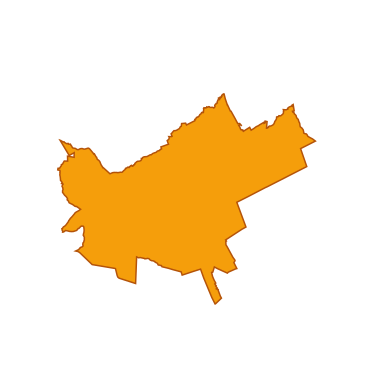 Morelos, Zacatecas, Mexico (Natural Earth projection), rotated 151°
{"feature_id": "50627088B46925631567457", "entity_name": "Morelos", "entity_type": "district", "adm_level": 2, "iso_a3": "MEX", "parent_name": "Mexico", "parent_adm1": "Zacatecas", "projection": "natural_earth1", "projection_center": [-102.666, 22.855], "detail": "fine", "context": "isolated", "style": "filled", "palette": "amber", "viewbox_px": 384, "rotation_deg": 151, "n_neighbors": 0, "source": "geoboundaries", "source_scale": "gbopen_adm2", "svg_char_len": 6082}
<svg xmlns="http://www.w3.org/2000/svg" viewBox="0 0 384 384"><g transform="rotate(151 192 192)"><path d="M305.2,253.0L305.0,251.0L304.3,248.9L304.1,246.6L304.5,246.0L305.0,245.7L304.5,244.3L304.6,243.5L304.6,242.9L304.7,242.2L304.4,241.9L304.2,241.3L302.7,239.3L301.8,237.5L301.5,236.6L300.5,235.5L299.9,235.3L299.9,235.1L297.8,230.9L299.8,230.6L303.2,230.6L304.8,230.3L305.4,229.9L309.1,228.5L311.5,227.8L312.0,227.4L313.7,226.7L314.7,225.9L318.4,224.2L320.1,223.8L321.3,223.8L322.1,223.5L322.9,222.9L323.6,223.0L324.2,221.1L324.0,220.3L324.6,219.6L324.2,219.4L323.5,219.4L322.6,219.3L321.4,219.7L319.9,218.5L318.1,216.8L316.6,215.8L315.0,215.0L311.5,214.3L309.3,215.2L308.5,215.0L306.6,215.6L305.8,215.8L305.0,215.7L303.7,214.8L303.6,213.8L304.8,211.0L306.3,208.8L306.8,208.5L307.5,207.5L308.0,207.1L308.1,206.6L307.9,206.2L308.1,205.6L308.1,204.7L308.3,204.1L308.9,203.3L309.4,202.2L310.0,201.8L310.8,200.8L312.0,200.3L312.8,199.3L313.1,198.7L313.2,198.1L313.7,197.5L315.1,197.3L316.4,197.6L317.0,197.5L317.3,197.1L319.5,196.6L322.4,196.8L320.5,195.1L319.6,193.4L314.5,176.9L296.3,162.4L296.1,162.0L298.0,155.0L298.1,153.3L297.5,151.9L285.7,139.3L271.9,162.1L270.8,160.6L270.5,160.3L269.1,159.8L266.1,157.2L265.8,156.6L265.5,156.6L265.2,156.2L264.2,155.8L263.1,155.5L262.7,155.2L262.1,154.6L261.8,154.0L261.6,152.8L260.5,151.4L259.4,150.7L258.2,149.1L258.3,148.6L257.8,147.8L257.2,147.1L256.8,145.9L257.0,144.9L256.9,144.5L256.4,144.1L256.0,143.9L255.5,143.5L255.4,143.1L254.4,142.5L254.5,141.2L249.7,136.8L246.3,133.3L240.2,127.4L240.9,124.1L228.8,121.8L221.9,120.4L223.4,111.3L225.8,90.2L226.1,82.9L225.7,82.8L217.7,84.9L217.7,87.2L216.7,93.6L216.4,93.9L217.6,95.5L216.5,95.7L216.9,98.2L216.3,98.3L216.6,100.6L215.4,100.8L215.4,104.0L215.0,108.0L213.9,112.1L213.5,112.2L212.8,111.8L212.6,111.9L208.8,115.6L206.7,112.4L200.4,103.9L199.1,104.3L191.2,103.6L189.9,103.3L189.6,110.0L187.7,111.0L187.6,111.3L187.5,111.9L187.9,115.1L187.8,126.3L187.9,129.4L186.4,132.4L185.7,132.4L185.8,133.8L166.5,135.2L161.8,135.2L157.8,161.3L144.8,160.8L125.7,160.3L123.5,160.1L79.3,158.6L76.0,177.3L59.4,176.7L60.8,179.9L62.3,182.2L63.7,184.5L63.6,186.1L63.8,187.3L64.8,188.1L65.7,189.4L65.1,190.7L64.6,192.5L64.9,194.8L65.7,196.5L65.4,197.6L64.5,199.9L64.4,201.8L63.9,204.1L64.4,205.4L64.3,207.2L63.9,208.5L64.3,210.0L64.6,210.7L64.3,211.5L65.1,213.2L65.0,213.9L63.3,213.4L61.1,219.5L62.6,219.4L63.0,218.5L63.3,218.8L63.9,219.0L65.9,219.2L67.6,218.9L67.8,218.1L68.2,218.0L68.7,218.2L69.9,218.3L72.2,219.8L72.6,218.2L73.1,218.0L73.4,217.3L74.0,216.5L74.9,216.1L77.5,215.6L79.0,216.6L79.8,216.1L81.6,216.6L82.7,215.0L83.4,214.5L85.3,213.6L87.1,212.0L88.9,211.4L89.6,211.4L91.4,211.6L92.2,212.1L93.3,212.1L93.8,211.4L94.6,211.7L95.4,211.4L95.9,211.7L92.2,217.2L93.6,218.5L94.4,217.1L95.5,217.1L94.9,218.1L100.4,218.0L101.6,217.8L104.2,218.0L106.9,217.6L110.3,217.4L110.2,220.6L117.6,220.2L117.5,221.5L118.1,221.5L118.1,222.2L119.1,222.9L118.7,225.6L118.8,227.6L117.1,227.5L116.4,225.7L117.1,228.8L118.8,229.6L118.7,235.1L118.7,243.8L119.2,244.2L118.7,251.0L118.9,251.0L117.7,257.5L116.4,262.2L116.6,262.4L117.1,261.9L117.4,262.0L117.8,262.5L118.2,262.4L119.0,262.0L119.5,261.2L119.9,261.3L119.9,261.5L120.3,261.2L120.4,260.7L120.6,260.6L121.3,261.3L121.4,261.2L122.2,260.0L122.7,260.0L122.7,261.3L123.4,261.3L123.5,259.6L124.5,260.0L126.1,258.8L126.7,257.6L127.8,257.8L128.0,257.7L128.3,257.3L128.9,257.4L130.1,256.8L130.5,255.5L131.8,254.9L132.3,255.0L132.5,255.6L132.7,255.9L135.3,257.3L135.5,258.2L135.9,258.5L136.2,258.6L136.9,258.5L137.7,259.2L137.9,258.7L139.0,258.8L139.0,259.0L139.8,259.2L139.8,259.3L140.1,259.4L140.7,259.9L141.5,259.4L141.6,258.7L142.0,258.2L143.0,256.8L143.2,256.3L143.7,256.0L144.2,256.2L144.3,256.7L145.1,256.8L146.4,256.0L147.6,255.9L148.8,255.1L150.0,254.7L150.4,254.9L150.8,254.7L151.3,254.9L151.8,254.8L152.0,255.0L153.5,254.0L154.2,254.2L154.4,254.1L154.3,253.7L154.9,253.0L164.3,253.3L164.2,255.3L167.9,256.9L169.5,254.7L170.6,254.7L172.3,253.6L175.6,253.5L177.0,253.8L178.0,254.4L180.1,253.7L181.2,253.2L182.1,253.0L182.4,250.5L182.5,250.3L183.1,250.4L185.4,251.7L185.4,251.1L185.5,250.7L186.2,249.8L187.0,249.3L188.8,249.0L189.4,245.2L197.3,246.5L197.7,244.5L198.7,244.6L199.1,244.3L199.7,244.4L200.9,244.1L201.2,244.3L201.9,244.4L202.5,244.6L203.9,244.1L207.4,244.7L208.9,244.5L209.5,244.3L210.5,244.8L214.1,244.8L216.8,246.0L218.6,246.1L219.2,245.4L219.6,245.4L220.1,245.8L220.6,244.8L221.4,244.3L222.8,244.4L224.9,245.3L225.8,245.2L228.1,244.7L228.7,243.9L229.6,243.7L230.0,244.0L230.9,243.4L231.3,243.3L231.6,243.4L231.9,243.8L231.8,244.3L232.0,244.7L232.9,244.7L233.4,244.4L233.9,244.3L234.2,244.5L235.0,243.9L235.8,244.4L235.9,244.6L235.9,244.8L236.5,244.9L238.0,244.5L238.4,244.6L238.4,244.9L238.8,244.9L239.4,244.2L240.1,244.0L241.5,243.8L242.3,243.5L243.5,243.2L243.9,243.3L245.0,244.0L247.6,244.9L248.1,245.4L250.7,246.9L252.1,247.4L254.9,247.7L257.8,256.3L258.1,256.3L258.3,260.1L257.9,263.2L258.0,264.1L258.3,265.1L259.0,266.5L258.6,268.7L258.9,269.3L258.9,272.7L259.5,272.7L259.6,273.9L260.5,278.8L260.9,280.0L261.4,280.6L261.8,280.8L265.1,281.5L266.1,282.3L266.9,283.2L267.8,283.7L268.6,284.0L269.2,284.1L270.6,284.1L271.2,284.3L272.2,285.2L272.6,286.3L273.2,287.0L274.0,287.5L274.8,288.2L275.1,289.1L275.0,290.4L275.3,291.7L275.1,292.2L275.2,292.9L276.5,293.4L276.8,293.7L276.9,294.0L276.7,294.2L276.7,294.5L277.0,294.7L277.9,294.8L278.6,295.6L279.7,297.5L279.6,297.8L279.9,297.9L280.2,298.3L280.5,298.4L280.7,298.9L280.9,299.0L281.7,300.3L281.7,300.5L282.3,301.2L281.7,283.5L276.0,283.5L278.3,279.5L283.5,283.7L285.8,279.3L288.7,281.0L290.8,279.8L291.4,279.3L291.9,279.1L292.8,279.3L293.1,279.2L293.4,278.5L294.4,277.9L294.7,277.9L295.1,277.6L295.4,277.5L296.2,277.0L297.7,277.7L298.7,276.4L297.1,274.9L297.5,274.0L297.6,273.5L298.0,273.3L298.6,272.0L299.1,271.4L299.5,270.5L299.7,269.7L300.2,268.4L301.4,265.8L301.3,265.4L301.1,265.0L301.0,263.4L301.2,263.1L301.9,262.7L301.0,262.0L301.2,261.1L302.0,261.0L303.0,259.8L302.9,258.7L303.6,256.7L304.5,256.0L305.4,254.4L305.2,253.0Z" fill="#f59e0b" stroke="#b45309" stroke-width="1.5"/></g></svg>